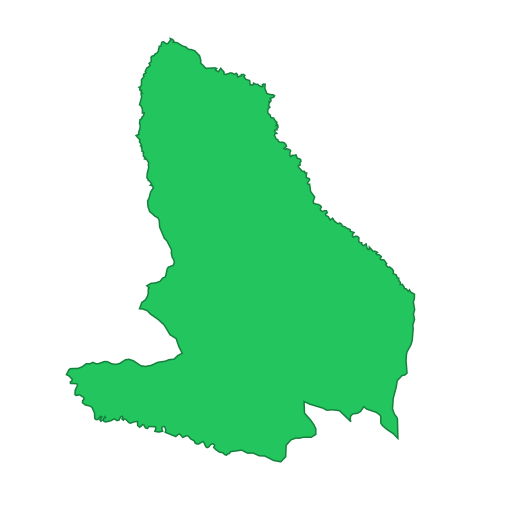 União do Sul, Mato Grosso, Brazil, rotated 279°
{"feature_id": "56859067B54495236199996", "entity_name": "União do Sul", "entity_type": "district", "adm_level": 2, "iso_a3": "BRA", "parent_name": "Brazil", "parent_adm1": "Mato Grosso", "projection": "robinson", "projection_center": [-54.31, -11.533], "detail": "fine", "context": "isolated", "style": "filled", "palette": "green", "viewbox_px": 512, "rotation_deg": 279, "n_neighbors": 0, "source": "geoboundaries", "source_scale": "gbopen_adm2", "svg_char_len": 6052}
<svg xmlns="http://www.w3.org/2000/svg" viewBox="0 0 512 512"><g transform="rotate(279 256 256)"><path d="M56.6,312.7L62.3,316.7L73.8,315.4L80.0,319.4L82.4,323.9L82.8,327.1L84.5,331.5L85.6,338.9L89.2,343.0L94.6,342.1L98.1,339.8L102.4,335.7L108.4,328.5L119.8,326.2L118.1,332.0L116.2,346.0L114.8,349.8L116.1,356.0L116.3,362.6L107.2,375.7L109.1,374.6L112.7,374.5L115.1,376.2L116.6,380.9L118.7,383.5L124.0,386.1L122.1,389.2L120.4,399.3L118.5,403.0L117.1,404.3L110.5,405.4L108.3,407.4L105.2,412.4L101.9,419.6L98.0,424.7L116.7,421.3L118.5,420.5L121.6,417.3L126.5,414.7L137.0,413.8L148.1,415.0L155.0,415.0L160.8,419.0L161.7,421.6L163.9,423.5L176.4,420.5L182.6,420.0L185.0,420.2L192.5,422.9L197.3,423.5L209.2,422.6L211.7,421.7L218.2,422.5L223.4,420.6L227.8,421.1L235.1,418.6L238.7,419.1L243.1,418.5L244.7,414.1L246.6,412.9L245.1,411.9L247.1,409.3L247.0,407.7L248.5,407.2L250.9,405.0L250.3,402.9L252.4,402.8L254.2,400.9L256.5,400.4L256.6,398.8L259.3,397.5L260.0,394.4L263.0,394.0L264.5,392.5L266.1,389.6L265.4,388.2L266.4,386.9L267.6,385.6L268.8,386.3L272.0,383.2L272.3,381.8L271.6,380.3L272.5,379.1L275.0,379.9L276.5,377.3L276.2,375.4L277.2,374.2L278.5,375.4L279.3,373.4L279.1,370.8L282.6,366.5L280.1,366.7L280.4,364.8L285.2,362.8L283.0,360.4L284.0,358.6L285.6,358.4L285.5,356.5L286.4,355.2L290.2,354.8L291.2,353.0L291.2,351.2L289.8,349.5L291.1,348.0L293.2,348.3L294.5,349.2L295.2,345.3L296.9,344.8L297.7,341.1L298.8,339.2L298.9,336.9L301.2,335.0L301.7,333.5L300.8,332.4L301.2,330.5L303.1,327.6L305.3,325.8L303.2,323.5L306.2,321.2L306.9,318.6L308.5,318.0L309.9,319.7L311.7,318.5L311.5,316.6L310.4,315.0L311.0,313.0L312.6,312.1L314.3,312.9L315.8,311.9L316.7,309.3L316.6,307.1L317.2,304.8L318.4,303.9L323.4,304.7L328.2,299.9L335.3,297.7L334.9,296.4L336.1,295.3L339.6,297.1L340.8,296.4L341.2,293.7L342.4,293.0L345.9,293.1L345.8,291.3L347.2,290.6L346.8,288.6L350.3,284.2L351.9,283.7L352.7,285.4L354.7,284.8L356.5,285.6L358.1,285.1L358.8,283.9L359.0,281.5L362.2,279.6L361.2,278.1L361.2,276.0L359.6,275.0L360.3,273.8L363.5,273.3L365.3,273.8L366.2,272.8L366.8,269.6L365.9,268.3L366.6,266.8L369.1,269.0L370.9,267.9L372.3,266.1L372.5,264.1L372.0,261.8L372.8,260.2L374.3,259.2L374.7,257.6L378.3,255.2L379.7,255.7L380.3,257.3L382.2,254.6L383.7,255.3L383.9,257.0L385.2,256.7L386.2,257.6L388.2,257.2L387.9,255.5L389.3,256.5L390.3,255.1L391.4,255.7L392.3,254.1L395.0,251.8L395.1,248.9L397.5,247.9L398.9,245.5L400.9,244.9L403.1,244.9L405.2,246.4L406.5,244.8L408.5,245.2L410.7,244.7L410.5,246.2L412.3,246.5L413.8,245.3L415.7,248.7L417.1,249.3L417.9,247.8L417.7,245.0L418.2,241.3L423.0,238.5L427.1,238.2L427.0,236.4L426.0,235.4L424.6,236.3L424.0,234.9L425.0,232.0L425.9,230.9L425.5,229.0L426.4,226.5L424.5,226.3L424.1,223.4L428.3,222.3L428.9,218.2L431.1,216.1L432.5,216.8L433.3,215.5L433.0,213.1L431.3,213.1L431.1,211.5L429.9,210.4L430.8,209.3L432.4,209.3L433.4,207.8L432.0,206.1L432.9,203.9L432.9,202.2L430.5,197.6L431.0,195.7L432.6,195.7L435.9,191.8L432.1,190.1L433.3,186.8L435.1,187.8L435.4,185.9L433.5,177.2L438.0,171.1L440.2,171.0L444.9,169.0L449.1,163.4L449.8,159.4L449.5,157.1L451.6,153.8L451.8,150.9L454.4,144.7L454.2,140.8L455.4,141.2L456.8,139.8L457.4,137.3L456.1,137.9L452.1,135.7L451.5,134.4L453.2,131.0L452.3,129.5L448.3,129.2L448.1,127.7L442.9,127.4L441.0,126.5L439.8,124.7L438.1,124.1L437.1,122.0L435.9,121.2L431.6,122.1L429.5,120.2L427.5,121.7L424.5,118.7L420.9,117.7L419.7,118.7L418.5,117.1L417.2,116.4L415.8,117.3L412.2,115.3L406.8,116.1L405.0,115.3L404.3,114.0L403.5,115.2L401.8,115.2L401.7,117.1L400.0,116.7L398.9,118.3L398.1,117.1L395.2,118.2L387.1,117.3L386.6,118.7L383.4,120.8L379.4,121.4L380.1,123.1L378.9,123.2L376.6,122.7L375.3,121.6L373.9,121.6L372.5,120.1L368.7,120.2L366.6,121.3L363.4,121.4L359.5,120.7L357.9,121.3L356.2,118.7L352.3,123.4L350.7,122.9L347.9,125.5L346.7,124.7L346.1,126.2L344.9,125.9L343.5,126.8L341.7,126.9L340.9,128.9L339.7,128.6L336.8,129.3L336.0,131.3L334.5,130.6L334.2,132.9L331.3,135.5L329.4,135.3L326.6,136.2L320.5,135.6L316.0,136.1L315.1,137.3L313.8,137.7L313.3,139.2L310.7,141.8L309.4,140.5L308.9,142.9L307.3,143.9L302.7,141.9L296.8,141.4L293.5,140.3L287.9,141.6L283.4,143.9L279.6,149.8L278.2,153.3L275.9,154.9L269.5,156.3L259.2,162.7L256.9,165.7L248.9,171.6L245.6,171.9L241.4,173.6L239.5,175.3L236.7,176.4L233.8,175.6L231.3,171.2L229.3,170.3L221.9,169.9L220.7,169.3L219.7,167.3L216.0,165.3L213.7,161.1L212.6,156.6L209.5,152.8L207.8,155.6L206.6,154.7L202.0,155.4L199.4,155.1L195.5,153.7L192.3,150.5L185.7,149.2L185.9,152.6L185.0,157.1L182.0,161.0L178.0,169.4L173.4,176.2L164.7,183.5L162.0,190.0L154.4,194.0L148.4,198.4L145.5,194.4L141.2,191.1L140.0,186.3L137.9,182.9L135.7,175.8L131.5,169.4L129.6,164.0L129.6,159.3L133.4,151.2L134.1,146.5L133.0,143.2L128.6,138.2L127.1,134.9L126.9,130.6L128.4,125.7L128.0,122.7L124.9,117.0L124.6,114.9L125.4,111.4L123.5,108.8L123.1,105.2L119.5,101.8L117.2,98.0L115.7,90.2L114.3,89.0L109.1,87.3L108.6,89.5L105.5,93.8L103.8,93.6L102.6,92.3L101.1,92.7L101.8,98.9L100.6,100.0L95.1,98.4L90.8,98.9L90.1,100.2L91.3,103.3L89.4,107.9L87.5,108.5L86.0,107.3L83.9,107.6L82.2,110.6L81.7,116.1L80.6,117.8L75.8,121.0L70.2,122.2L69.4,123.7L69.7,125.4L73.4,127.4L73.0,128.8L69.8,127.4L68.5,128.6L70.6,130.8L69.1,131.5L68.5,133.3L70.6,138.5L72.9,141.3L71.7,144.5L72.5,146.4L75.8,147.4L76.8,148.6L75.9,149.7L74.1,149.0L73.1,150.7L74.5,151.1L74.1,153.2L71.6,156.4L71.2,158.1L73.1,161.5L74.1,164.8L70.1,165.6L68.7,167.8L70.2,169.5L71.7,170.3L71.5,171.7L68.8,173.8L68.7,175.9L70.7,176.6L71.7,183.3L69.9,184.1L67.0,183.5L66.9,187.5L68.3,191.2L71.0,189.8L72.3,190.0L73.2,191.4L72.9,192.8L69.7,194.2L67.7,193.9L65.1,205.0L67.9,207.4L68.0,208.9L65.3,212.1L67.5,215.2L67.7,217.1L65.1,220.1L63.8,223.9L61.9,225.0L61.1,226.7L61.3,228.7L64.5,232.6L63.7,233.7L59.7,236.3L59.1,237.7L59.7,238.9L62.7,240.8L63.7,242.3L63.4,244.1L62.3,244.8L60.4,244.1L58.9,245.9L56.6,250.5L56.4,254.4L55.1,255.8L54.6,258.0L56.0,258.8L56.5,260.3L58.8,261.6L62.0,272.2L60.0,278.4L60.9,284.0L59.2,290.4L59.8,296.0L56.8,305.4L56.6,312.7ZM72.1,131.3L73.8,131.9L72.8,132.7L72.1,131.3Z" fill="#22c55e" stroke="#15803d" stroke-width="1.5"/></g></svg>